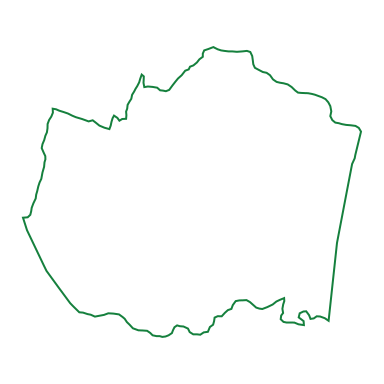 Itagibá, Bahia, Brazil
{"feature_id": "56859067B58161696770023", "entity_name": "Itagibá", "entity_type": "district", "adm_level": 2, "iso_a3": "BRA", "parent_name": "Brazil", "parent_adm1": "Bahia", "projection": "albers", "projection_center": [-39.84, -14.244], "detail": "fine", "context": "isolated", "style": "outline", "palette": "green", "viewbox_px": 384, "rotation_deg": 0, "n_neighbors": 0, "source": "geoboundaries", "source_scale": "gbopen_adm2", "svg_char_len": 2825}
<svg xmlns="http://www.w3.org/2000/svg" viewBox="0 0 384 384"><path d="M92.7,120.3L88.6,121.4L84.8,120.0L82.0,119.0L79.3,118.2L75.9,117.2L72.3,115.7L67.9,113.5L63.5,112.0L59.3,110.7L56.1,109.3L52.7,108.7L52.9,112.7L51.3,116.6L49.1,120.0L47.6,124.0L47.5,128.3L46.9,132.4L45.4,135.7L44.2,140.1L42.5,144.1L41.7,148.1L43.7,152.7L45.3,156.1L45.4,159.3L44.5,162.3L44.1,166.8L42.5,172.4L41.3,178.9L39.6,182.4L38.3,186.4L37.2,191.2L36.2,194.6L35.7,198.5L33.4,203.3L31.7,207.8L31.2,211.2L30.3,214.8L27.7,217.3L23.0,217.7L27.0,230.2L43.9,265.6L46.5,270.9L59.1,288.2L70.2,303.2L73.4,306.5L79.3,312.3L83.0,312.6L87.6,314.1L90.7,314.7L94.9,316.6L99.7,315.7L104.0,314.9L108.3,313.3L113.5,313.6L119.0,314.4L122.6,317.0L124.7,318.8L126.9,322.1L129.5,324.6L132.9,328.3L138.4,330.3L142.9,330.5L147.1,330.8L150.2,332.9L152.6,335.3L156.4,336.1L159.6,336.1L162.3,336.9L165.5,336.5L168.6,335.3L171.9,333.1L173.0,330.2L174.5,327.2L177.1,325.4L179.8,326.2L183.5,326.5L188.0,328.6L189.7,332.1L193.2,334.3L196.7,334.3L200.3,334.7L203.7,332.4L207.9,331.8L209.9,327.0L213.1,324.7L214.1,321.1L214.6,317.6L217.7,316.2L221.7,316.3L224.9,312.8L227.9,310.1L231.4,308.9L232.8,305.1L235.7,301.1L239.4,300.4L243.1,300.3L246.5,300.1L250.0,302.1L253.4,305.1L256.2,307.6L259.4,308.6L262.3,309.0L267.3,307.1L272.7,304.5L276.4,301.5L279.8,299.9L284.1,298.1L284.3,301.0L283.2,304.4L282.4,308.8L283.1,313.0L281.2,315.5L280.7,319.2L283.5,321.9L286.4,322.5L290.8,322.5L294.4,322.6L298.5,324.3L303.9,325.1L303.6,321.1L298.7,317.4L299.7,313.3L303.4,311.5L306.2,311.3L309.1,315.2L310.5,318.9L313.8,318.4L316.7,316.3L320.1,316.5L324.8,318.2L328.6,320.8L337.0,242.9L347.6,187.4L352.1,164.0L354.7,158.3L355.3,155.0L361.0,131.6L358.8,127.9L355.5,125.9L350.9,125.3L346.1,124.9L341.8,124.1L338.8,123.2L335.3,122.6L332.3,120.1L330.3,116.1L331.3,111.4L330.3,106.1L328.3,102.3L325.5,99.1L321.8,97.2L317.9,95.8L314.9,94.7L311.8,93.9L308.0,93.2L304.9,93.1L300.9,92.9L298.0,92.6L295.2,90.5L291.6,87.0L287.7,84.4L283.6,83.3L279.9,82.7L276.6,81.9L273.0,79.4L270.0,75.2L266.6,72.8L262.8,72.0L258.8,69.9L254.9,67.8L253.3,64.3L252.8,60.3L252.2,56.0L250.3,52.0L246.9,50.9L242.4,51.4L236.9,51.8L232.2,51.4L228.5,51.4L224.4,50.9L221.1,50.4L217.7,49.3L213.3,47.1L208.4,49.0L204.2,50.4L202.8,53.6L202.8,56.8L199.4,59.3L196.9,62.5L193.4,65.4L190.0,66.7L188.7,69.4L185.2,70.7L181.7,75.2L178.0,78.5L175.3,81.8L172.5,85.4L169.2,89.9L165.9,91.2L163.0,90.6L160.1,90.3L157.2,87.7L152.5,86.9L147.9,86.5L144.3,87.1L143.5,82.8L143.7,79.6L143.8,76.4L141.7,74.6L140.1,79.1L139.2,82.3L137.2,86.2L135.6,88.7L134.1,91.6L132.1,94.8L131.3,98.8L129.3,101.9L127.6,104.9L127.2,108.6L126.1,111.6L126.4,115.2L126.1,118.8L122.2,119.0L119.4,120.7L117.4,117.9L114.0,115.6L112.6,118.2L111.5,121.8L110.7,125.6L109.4,129.1L104.4,127.7L99.4,125.6L95.7,122.6L92.7,120.3Z" fill="none" stroke="#15803d" stroke-width="2"/></svg>